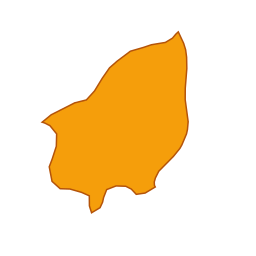 outline of Koksan, Hwanghae-bukto, North Korea, rotated 329°
{"feature_id": "82179303B26306903245930", "entity_name": "Koksan", "entity_type": "district", "adm_level": 2, "iso_a3": "PRK", "parent_name": "North Korea", "parent_adm1": "Hwanghae-bukto", "projection": "orthographic", "projection_center": [126.675, 38.725], "detail": "fine", "context": "isolated", "style": "filled", "palette": "amber", "viewbox_px": 256, "rotation_deg": 329, "n_neighbors": 0, "source": "geoboundaries", "source_scale": "gbopen_adm2", "svg_char_len": 807}
<svg xmlns="http://www.w3.org/2000/svg" viewBox="0 0 256 256"><g transform="rotate(329 128 128)"><path d="M57.4,78.8L59.0,80.6L62.3,85.8L63.8,96.3L60.5,101.5L57.1,106.8L47.1,115.5L40.5,120.7L35.4,134.6L38.6,145.1L46.8,150.4L55.0,159.2L59.9,166.2L54.8,174.9L53.1,181.9L54.8,181.9L63.0,181.9L68.0,178.5L71.3,175.0L78.0,169.8L87.9,171.5L96.1,176.8L99.4,182.1L100.9,189.1L109.2,192.6L121.0,192.6L121.1,190.8L122.7,187.8L125.8,184.9L132.1,180.9L152.4,175.7L162.0,172.2L165.5,170.2L175.1,163.2L178.2,159.9L182.8,153.6L191.6,133.2L197.5,123.5L209.0,107.4L214.7,97.5L217.7,90.6L219.3,84.1L220.6,71.5L217.3,72.2L212.4,73.9L204.1,73.9L191.0,68.7L182.8,66.9L169.6,63.4L153.1,65.1L143.2,66.9L131.6,72.1L118.4,79.0L106.8,82.5L95.3,79.0L69.0,77.1L57.4,78.8Z" fill="#f59e0b" stroke="#b45309" stroke-width="1.5"/></g></svg>